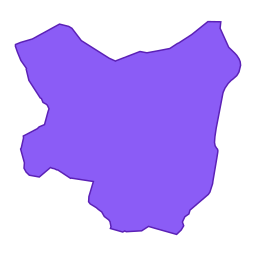 Akamkpa, Cross River, Nigeria
{"feature_id": "59680162B55799213409467", "entity_name": "Akamkpa", "entity_type": "district", "adm_level": 2, "iso_a3": "NGA", "parent_name": "Nigeria", "parent_adm1": "Cross River", "projection": "mercator", "projection_center": [8.538, 5.38], "detail": "fine", "context": "isolated", "style": "filled", "palette": "violet", "viewbox_px": 256, "rotation_deg": 0, "n_neighbors": 0, "source": "geoboundaries", "source_scale": "gbopen_adm2", "svg_char_len": 1362}
<svg xmlns="http://www.w3.org/2000/svg" viewBox="0 0 256 256"><path d="M176.6,234.4L181.2,230.0L183.7,225.8L182.4,222.0L184.8,216.8L188.9,213.9L190.0,210.1L208.3,194.4L209.9,192.1L212.6,183.7L212.9,181.3L216.6,159.4L216.7,158.8L217.7,152.6L217.9,150.8L217.5,149.2L216.6,148.2L215.1,145.8L214.5,142.4L214.9,136.8L216.2,128.1L218.3,117.3L222.8,93.8L223.2,92.2L225.0,88.1L228.2,83.4L231.3,80.2L232.5,79.4L236.7,75.7L237.5,74.5L239.0,71.9L240.6,65.3L240.2,61.8L239.1,59.0L236.8,55.4L234.8,53.2L228.7,47.3L225.0,39.1L220.1,28.3L220.8,21.8L207.9,21.6L191.8,34.5L178.7,43.0L177.4,43.5L169.8,48.5L157.9,50.8L146.9,52.8L140.0,51.5L115.9,60.8L115.5,61.1L109.1,58.2L81.3,40.6L71.9,28.3L68.7,26.4L59.5,24.1L32.3,39.0L20.7,42.4L15.5,44.5L15.4,46.2L17.4,52.0L20.9,60.5L26.5,68.5L26.2,69.2L28.9,80.4L40.2,97.9L41.4,98.6L43.0,102.4L46.4,104.3L47.4,105.3L49.0,108.8L48.1,111.4L44.5,124.6L39.1,126.9L37.3,128.7L23.3,136.0L23.5,138.0L21.3,147.8L20.6,149.0L24.4,162.8L24.0,168.2L26.2,172.2L29.3,175.2L39.3,177.0L50.5,167.5L52.3,168.3L54.4,168.7L56.6,169.8L57.9,170.0L70.5,178.3L71.2,178.1L93.4,181.5L88.9,196.6L88.9,196.9L88.6,201.8L90.2,203.9L96.4,207.7L98.3,209.4L101.7,211.9L104.3,216.5L108.7,219.8L110.0,221.6L111.0,226.8L110.4,228.5L122.7,232.0L124.7,231.0L126.3,231.7L141.7,230.8L148.5,226.4L155.0,228.3L176.6,234.4Z" fill="#8b5cf6" stroke="#5b21b6" stroke-width="1.5"/></svg>